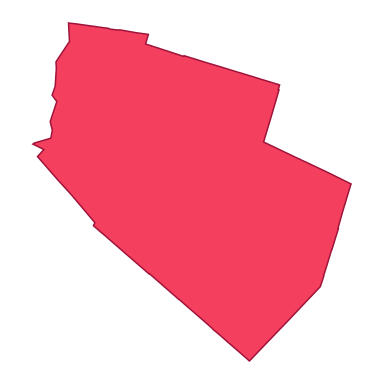 outline of Unirea, Braila, Romania
{"feature_id": "2599482B9026576063852", "entity_name": "Unirea", "entity_type": "district", "adm_level": 2, "iso_a3": "ROU", "parent_name": "Romania", "parent_adm1": "Braila", "projection": "albers", "projection_center": [27.767, 45.095], "detail": "fine", "context": "isolated", "style": "filled", "palette": "rose", "viewbox_px": 384, "rotation_deg": 0, "n_neighbors": 0, "source": "geoboundaries", "source_scale": "gbopen_adm2", "svg_char_len": 1276}
<svg xmlns="http://www.w3.org/2000/svg" viewBox="0 0 384 384"><path d="M320.3,286.7L320.4,286.3L321.7,282.5L323.8,276.1L323.7,275.6L327.1,264.7L331.5,250.2L332.0,249.7L332.1,249.0L335.2,238.9L338.4,228.7L337.9,228.6L342.6,211.8L350.9,184.3L351.1,184.0L328.9,173.0L313.1,165.5L301.8,160.2L293.9,156.5L263.6,142.0L272.3,113.0L273.4,109.2L275.2,103.1L279.0,89.9L278.2,89.7L279.1,86.7L279.6,84.9L270.8,82.2L261.2,79.3L250.6,76.0L234.3,71.1L226.0,68.5L205.0,62.2L199.2,60.4L187.7,56.8L184.6,55.9L184.1,55.7L183.9,56.5L145.6,44.0L148.4,34.4L135.5,32.6L119.6,29.8L118.9,30.1L109.6,29.1L108.9,28.4L98.3,27.0L77.1,24.0L68.5,23.0L69.5,41.4L56.0,61.8L56.3,68.9L55.2,86.3L52.1,95.2L56.8,101.5L50.2,121.6L52.3,130.3L50.8,138.2L35.1,142.8L35.0,143.0L34.7,143.1L34.4,143.0L32.9,144.1L43.8,149.5L37.5,156.6L57.7,179.8L67.3,190.3L71.1,194.5L77.8,202.4L94.9,222.7L94.1,224.4L93.4,225.7L100.4,231.8L101.7,232.9L103.1,234.0L126.6,254.5L149.1,274.0L149.4,273.7L171.1,292.7L175.1,296.2L178.7,299.4L179.1,299.5L179.9,300.0L180.2,300.4L189.3,308.4L206.4,323.2L208.0,324.6L209.8,326.2L211.2,327.5L212.6,328.7L212.9,329.3L220.2,335.4L227.4,341.8L237.7,350.7L248.3,360.0L249.4,361.0L265.2,344.5L290.0,318.7L299.9,308.2L320.0,287.0L320.3,286.7Z" fill="#f43f5e" stroke="#9f1239" stroke-width="1.5"/></svg>